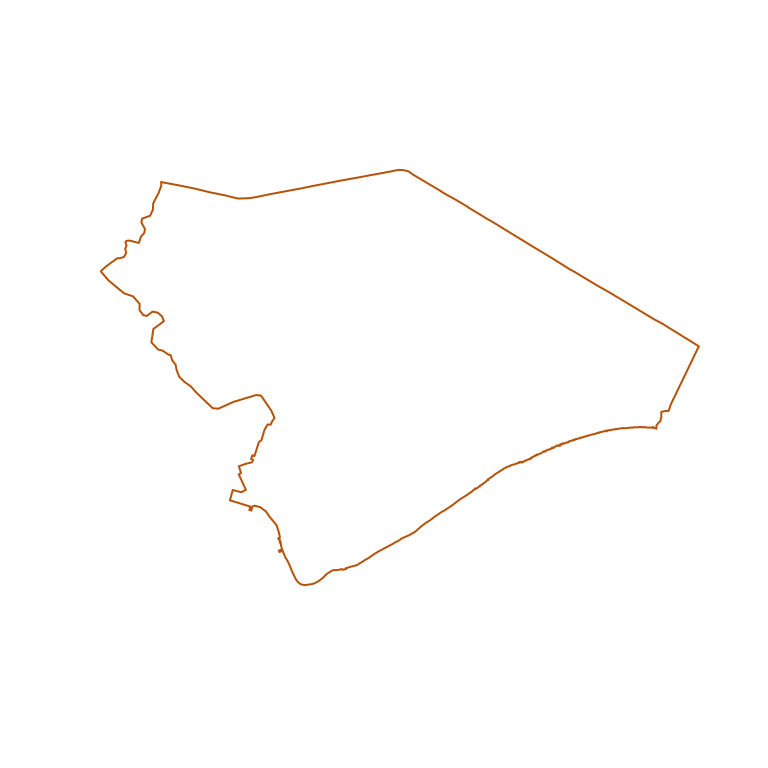 the district of Mjini, Zanzibar West, United Republic of Tanzania, rotated 282°
{"feature_id": "72390352B88201413510937", "entity_name": "Mjini", "entity_type": "district", "adm_level": 2, "iso_a3": "TZA", "parent_name": "United Republic of Tanzania", "parent_adm1": "Zanzibar West", "projection": "albers", "projection_center": [39.207, -6.167], "detail": "fine", "context": "isolated", "style": "outline", "palette": "amber", "viewbox_px": 768, "rotation_deg": 282, "n_neighbors": 0, "source": "geoboundaries", "source_scale": "gbopen_adm2", "svg_char_len": 6085}
<svg xmlns="http://www.w3.org/2000/svg" viewBox="0 0 768 768"><g transform="rotate(282 384 384)"><path d="M436.0,83.9L435.0,83.9L427.9,93.2L418.7,110.8L417.5,120.4L411.6,128.3L405.4,129.5L401.3,134.2L401.3,137.8L406.7,142.6L406.7,148.1L403.8,153.1L399.6,155.6L389.9,147.0L376.4,147.8L370.8,155.7L370.6,160.5L368.1,166.6L367.7,169.5L363.2,171.8L359.6,176.1L354.2,178.4L348.5,182.2L344.7,188.1L341.3,195.9L336.7,202.0L324.7,221.5L325.4,227.1L335.3,240.6L346.6,261.2L347.1,266.1L334.5,279.3L328.0,284.0L325.1,282.6L320.6,281.5L320.2,278.6L314.6,276.7L303.6,275.8L301.2,273.7L287.0,272.3L286.6,272.1L286.9,270.1L284.2,269.7L283.0,269.7L282.6,271.7L281.0,271.4L279.8,270.8L277.1,265.2L273.4,259.2L267.2,262.6L265.3,260.8L251.8,270.9L248.5,267.0L248.8,258.1L238.2,257.5L236.3,278.5L232.8,278.6L232.7,280.6L236.7,280.6L238.1,282.8L237.9,284.3L237.9,288.3L236.3,291.7L234.9,294.9L230.9,299.0L223.5,308.3L219.6,310.5L217.6,311.7L212.7,314.0L212.2,314.0L211.2,312.7L210.1,313.4L210.4,313.9L210.0,314.4L208.4,315.3L208.1,314.9L206.7,315.6L206.9,316.1L204.7,316.8L204.0,317.3L203.0,317.6L201.1,318.7L199.2,315.9L198.0,316.7L199.7,319.6L193.6,323.7L192.4,325.1L190.9,326.4L189.5,327.5L188.0,328.7L183.8,331.5L181.3,333.2L177.0,336.5L174.3,338.8L172.2,341.2L171.0,343.7L170.7,346.0L170.9,348.4L172.9,354.2L174.2,356.9L176.4,359.7L179.3,362.6L182.3,365.0L184.6,366.3L187.4,368.6L188.0,369.4L190.0,371.3L191.1,372.6L191.7,374.3L192.2,376.9L194.2,381.3L193.7,382.0L195.0,385.2L195.9,385.0L196.3,385.8L198.7,390.1L201.1,395.0L208.0,402.2L211.2,405.7L214.6,408.8L219.0,413.3L228.9,425.2L230.7,427.0L231.9,428.5L234.4,431.6L236.3,433.0L241.3,440.0L245.9,445.1L252.7,450.2L257.5,454.4L259.9,457.1L265.3,461.6L267.8,464.2L269.6,465.7L270.9,467.2L271.6,467.6L273.1,469.8L273.7,470.4L274.3,470.7L278.3,474.8L278.9,475.0L279.3,475.8L284.1,479.8L287.3,482.6L293.8,489.4L294.4,489.6L295.9,491.2L296.3,491.8L296.7,491.9L297.3,492.5L299.3,493.9L300.1,494.8L300.7,494.9L300.6,495.7L301.0,495.9L301.6,496.8L303.3,498.2L303.6,498.9L304.4,499.0L306.7,501.4L307.6,502.1L308.1,502.7L311.1,505.0L311.5,505.4L312.0,505.3L312.0,506.0L312.9,506.1L314.1,507.4L315.0,507.9L315.8,509.1L316.8,509.9L318.1,510.7L325.0,517.8L326.4,519.0L329.0,522.4L329.7,523.6L329.8,524.4L330.6,524.7L331.4,525.9L332.1,527.4L333.6,530.0L334.2,531.2L334.5,531.3L334.8,532.3L335.6,532.4L336.2,533.2L336.2,534.1L336.3,534.4L335.8,534.5L335.7,535.2L336.0,535.5L336.4,535.6L336.7,536.0L336.9,536.8L337.3,536.8L338.3,537.9L338.7,539.1L339.3,539.3L339.5,539.5L339.9,540.6L340.9,541.7L340.8,542.1L340.9,542.6L341.4,542.6L341.9,542.9L342.2,543.5L342.4,543.5L342.5,543.9L343.1,544.0L343.4,544.4L343.7,544.9L344.1,545.3L344.4,545.9L344.8,546.3L345.2,546.3L345.3,547.0L345.6,547.5L345.8,547.4L346.0,548.0L346.7,548.3L346.9,548.5L346.8,548.9L347.1,549.2L347.2,549.5L347.7,550.1L348.6,551.6L350.5,553.7L350.9,554.4L351.2,554.3L351.2,554.9L351.6,555.2L351.6,555.6L351.9,555.6L352.1,555.7L352.6,556.9L352.9,557.1L353.4,557.3L353.6,557.5L354.0,558.2L354.2,558.8L354.1,559.2L354.3,559.6L354.8,560.0L354.9,560.4L355.4,560.6L355.6,560.8L355.7,561.2L356.3,561.8L356.7,561.7L356.9,562.3L356.6,562.8L356.7,563.2L356.9,563.3L357.6,563.3L357.9,563.6L358.4,564.8L359.8,566.0L359.5,566.5L359.8,566.8L360.3,567.5L360.0,568.7L360.3,569.2L360.7,569.4L361.5,569.0L362.1,569.9L362.2,570.5L362.6,570.6L362.6,571.0L362.5,571.3L362.7,571.5L362.8,571.4L363.0,572.0L363.3,572.0L363.4,572.4L363.4,572.9L364.1,573.6L364.3,574.3L364.6,574.6L364.6,575.0L365.1,575.4L365.0,575.9L365.2,576.3L365.6,576.7L366.2,576.7L366.4,577.1L366.6,577.5L366.8,577.8L367.2,578.6L367.7,579.3L367.7,579.8L368.0,580.0L368.2,580.9L368.7,580.9L368.9,581.5L369.1,581.9L369.3,581.9L369.5,582.1L369.2,582.3L369.5,582.6L369.5,582.8L369.8,583.2L370.1,583.5L370.3,584.5L371.0,585.0L371.3,585.9L371.5,586.2L371.5,586.5L371.8,586.7L371.9,587.3L372.3,587.3L372.3,587.8L372.5,588.2L372.9,588.5L373.3,589.9L373.9,590.4L374.5,591.7L374.5,592.2L374.9,592.3L375.8,593.7L375.8,594.4L377.3,596.9L378.0,598.4L378.6,599.8L378.9,599.9L379.3,601.1L379.6,601.9L380.1,602.3L380.2,602.6L380.7,603.0L380.7,604.0L380.9,604.5L381.7,605.0L382.0,606.1L382.3,606.4L382.3,606.9L382.5,607.3L382.8,607.8L383.3,608.4L383.8,609.6L383.8,610.0L384.0,610.1L384.0,610.5L384.3,611.2L384.8,611.6L384.8,611.9L384.5,612.1L385.0,612.4L385.6,613.6L385.5,614.4L385.6,614.6L385.8,614.6L386.2,615.1L386.4,616.0L386.9,617.1L387.3,617.9L387.7,619.7L388.2,620.1L388.2,621.2L388.5,621.4L388.6,621.6L388.8,622.5L389.8,624.6L390.2,625.5L390.2,626.4L390.4,627.0L390.6,627.1L390.6,628.2L391.5,631.1L391.9,631.7L392.3,633.3L392.4,634.3L392.8,634.8L393.1,635.9L393.0,636.8L393.2,637.1L393.3,637.2L393.8,638.0L394.0,638.8L394.1,640.3L394.4,641.1L394.6,641.9L395.1,643.1L395.4,644.9L395.2,645.4L395.3,645.5L395.4,645.8L395.5,646.3L395.8,646.6L395.8,647.6L396.0,648.1L396.1,650.6L397.0,654.9L397.7,655.7L397.7,656.4L397.1,656.5L397.0,657.1L397.3,658.4L397.1,658.8L397.1,659.7L400.1,659.1L403.3,660.7L405.2,662.1L407.6,661.9L409.0,662.3L413.1,661.2L414.4,661.1L416.1,664.9L416.9,668.0L423.7,668.8L486.3,684.1L490.0,674.0L490.6,672.2L491.1,670.9L492.6,666.5L493.4,664.7L495.1,659.8L499.5,647.4L500.6,644.7L501.6,641.3L503.2,635.5L519.6,588.0L524.0,574.1L530.5,555.0L533.5,546.4L534.9,541.6L535.8,539.2L541.7,523.1L550.2,498.5L552.2,493.0L554.6,486.1L566.0,453.9L567.4,449.1L567.5,449.1L568.7,445.6L571.3,438.1L574.1,430.1L575.1,428.1L575.6,426.3L579.8,413.8L582.2,405.8L584.1,400.1L584.3,400.1L595.2,367.8L595.7,366.8L596.9,364.7L597.3,360.8L597.1,357.4L596.5,353.9L594.5,349.0L593.3,346.4L591.2,341.2L590.1,339.2L589.5,337.1L580.8,316.2L574.7,301.2L563.6,274.9L557.9,261.8L548.3,238.7L545.1,231.0L542.0,224.2L538.0,214.4L535.1,203.1L535.1,199.4L535.5,188.6L535.3,173.7L535.8,158.9L535.7,144.7L535.2,124.1L531.5,124.9L523.9,123.8L517.3,121.9L512.7,120.7L506.5,121.7L500.0,120.3L495.4,113.0L491.4,113.2L485.8,118.0L481.9,118.1L477.7,115.6L473.8,115.3L471.0,114.7L471.4,105.4L470.5,102.4L469.1,101.6L466.0,103.3L462.3,102.8L458.8,104.6L454.1,103.2L452.3,99.7L451.3,96.6L448.3,94.2L446.6,92.4L441.3,87.8L436.0,83.9Z" fill="none" stroke="#b45309" stroke-width="2"/></g></svg>